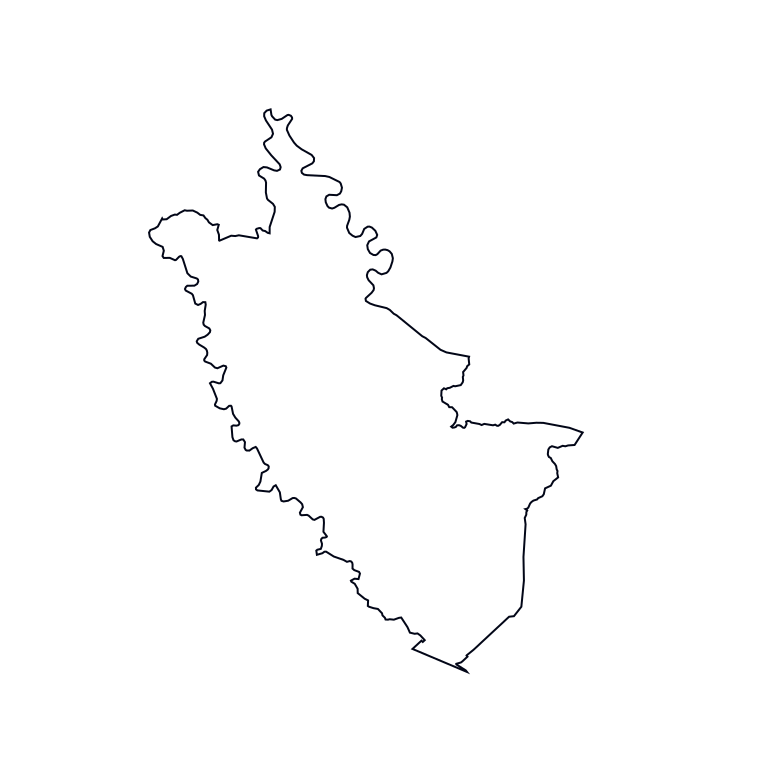 the district of Long My, Hau Giang, Vietnam, rotated 67°
{"feature_id": "81297802B29776873812270", "entity_name": "Long My", "entity_type": "district", "adm_level": 2, "iso_a3": "VNM", "parent_name": "Vietnam", "parent_adm1": "Hau Giang", "projection": "orthographic", "projection_center": [105.504, 9.679], "detail": "fine", "context": "isolated", "style": "outline", "palette": "ink", "viewbox_px": 768, "rotation_deg": 67, "n_neighbors": 0, "source": "geoboundaries", "source_scale": "gbopen_adm2", "svg_char_len": 6154}
<svg xmlns="http://www.w3.org/2000/svg" viewBox="0 0 768 768"><g transform="rotate(67 384 384)"><path d="M144.9,523.5L150.6,530.6L151.2,534.0L151.0,538.9L152.8,541.1L157.0,542.1L162.2,541.2L166.1,539.1L171.3,534.2L175.3,534.6L179.7,537.9L181.9,537.5L184.2,531.9L188.4,528.0L188.5,526.9L186.8,522.9L186.7,521.5L187.2,520.6L190.3,520.3L205.2,521.7L209.6,519.9L213.7,515.1L215.1,514.4L217.1,514.9L218.9,516.9L219.4,520.1L216.7,526.7L217.3,528.5L218.8,530.1L220.5,530.0L225.8,525.7L227.6,525.2L236.2,526.3L238.6,524.3L238.6,521.5L237.9,518.6L238.9,516.5L241.3,517.1L246.7,520.5L250.5,521.8L256.9,526.4L258.9,526.8L260.6,526.2L264.6,523.1L266.7,522.9L268.3,524.0L269.7,527.1L270.4,530.6L269.8,537.3L271.5,539.7L273.0,539.9L275.5,538.7L280.0,535.4L282.2,534.2L283.9,534.0L286.1,534.4L288.2,535.5L291.0,539.8L292.2,540.3L293.4,539.9L297.7,535.4L302.8,533.2L304.4,531.2L304.3,524.7L305.8,522.7L307.3,522.7L313.2,528.6L317.6,531.3L319.3,534.3L318.9,535.7L315.2,540.1L314.7,541.6L315.3,543.9L321.5,543.3L332.4,543.6L334.2,544.7L336.8,547.6L338.0,547.9L342.2,544.7L344.7,541.2L345.0,538.9L343.6,535.1L344.2,533.4L345.1,533.1L352.5,534.6L356.8,534.0L361.7,532.3L363.1,532.3L364.1,532.7L365.0,534.1L364.7,536.1L363.2,538.9L363.5,540.9L373.7,544.3L377.0,544.5L378.5,543.5L379.3,542.2L379.3,537.1L380.1,535.2L383.2,534.7L388.1,537.3L390.6,537.1L391.5,536.5L392.7,533.9L391.8,530.0L391.8,526.7L393.7,526.1L409.3,525.5L411.1,524.8L413.3,522.7L414.8,522.3L416.5,523.2L417.3,524.3L417.9,526.5L418.1,531.2L425.5,535.9L428.0,538.7L429.4,542.4L431.0,543.0L432.5,542.1L438.3,531.6L437.7,528.9L435.2,525.7L434.9,523.2L443.0,522.2L449.8,524.0L451.5,524.0L452.9,522.3L454.0,517.8L453.3,512.7L453.8,511.2L454.9,509.8L460.5,507.0L462.7,506.3L465.7,506.8L469.6,511.7L471.6,512.0L472.6,511.2L474.4,506.0L475.7,504.8L480.8,502.5L481.9,501.1L481.3,494.6L481.8,493.4L483.2,492.3L484.6,492.2L488.3,493.5L496.4,497.5L501.9,496.1L502.4,496.7L502.3,498.3L501.5,500.7L502.2,502.3L503.4,503.2L506.8,503.5L508.8,504.5L511.1,506.6L510.5,510.1L510.9,511.4L515.0,512.5L515.7,506.8L515.1,504.4L515.7,502.8L523.2,497.6L530.1,490.0L533.2,487.6L533.6,484.7L534.5,483.6L536.0,483.1L537.7,483.4L541.6,485.1L543.7,484.1L547.2,480.4L549.1,480.2L553.6,483.7L551.7,487.2L552.1,491.3L553.2,491.3L556.5,489.0L562.2,488.3L566.2,489.9L574.1,485.7L577.0,483.2L582.0,485.6L583.2,484.8L586.2,481.3L588.7,477.5L594.3,475.4L596.4,475.8L599.5,474.5L601.4,474.6L602.5,472.4L602.7,470.8L604.8,467.0L605.1,461.6L605.7,459.4L617.0,457.4L623.0,457.3L625.9,453.4L626.7,450.6L629.6,448.8L635.7,446.6L636.6,449.1L634.9,449.8L639.0,461.3L681.5,420.1L679.6,420.6L670.4,427.0L669.8,426.8L670.4,421.9L669.9,420.1L667.6,413.7L666.2,414.1L666.0,413.7L663.6,405.3L647.1,359.8L648.5,355.1L642.7,344.6L619.6,332.0L597.7,323.2L568.5,308.5L562.3,306.8L559.9,304.1L557.5,303.0L556.4,301.6L554.4,302.7L554.7,301.0L554.2,299.5L551.1,296.2L550.2,294.3L549.7,292.0L550.1,288.2L549.3,286.7L549.2,282.1L547.9,280.0L543.0,276.5L542.8,270.1L539.6,266.1L538.0,260.2L533.8,259.4L531.9,258.3L530.0,258.4L526.8,257.6L524.4,257.9L520.9,259.2L517.3,259.4L515.6,260.7L513.8,260.8L512.5,260.6L508.5,258.3L507.1,256.2L506.9,253.7L510.7,249.0L510.7,243.7L512.2,241.4L512.5,238.5L514.6,232.4L506.3,220.1L496.8,230.4L482.0,252.6L479.2,258.9L476.7,266.5L471.6,276.2L471.1,280.1L469.2,280.8L467.7,282.5L465.1,283.6L465.2,286.2L466.3,288.1L465.3,290.2L466.9,293.4L467.1,295.3L466.6,296.3L464.9,297.5L464.6,299.8L459.9,307.3L459.9,310.2L458.1,311.8L453.6,318.7L452.0,319.3L450.7,321.3L450.7,323.1L453.1,323.6L455.5,326.3L455.7,327.3L455.1,328.3L452.5,329.7L451.2,331.1L450.6,332.9L451.6,334.7L451.5,336.3L451.0,338.0L449.5,338.8L448.8,336.3L447.0,333.2L441.3,328.6L439.4,328.2L438.1,328.1L432.0,330.4L430.8,333.0L428.2,333.2L423.0,337.0L420.5,336.7L419.3,335.9L417.2,335.9L412.5,333.6L411.4,330.5L413.2,328.8L412.6,327.4L413.2,324.9L412.9,320.8L413.9,319.4L415.0,313.8L413.2,310.9L411.6,309.7L408.3,308.7L407.2,307.5L403.9,306.5L401.5,301.7L400.1,300.5L399.3,297.9L393.5,296.1L392.1,295.0L379.3,314.2L374.6,318.6L357.9,327.7L355.0,330.1L325.6,345.6L323.1,347.6L318.1,349.7L315.2,351.9L308.0,361.6L304.5,365.4L300.5,368.2L298.3,367.7L297.7,366.9L295.2,359.8L293.5,356.9L291.9,355.8L289.0,355.2L282.5,357.6L279.2,357.8L277.1,357.2L274.7,355.2L273.4,352.0L274.1,349.6L276.4,347.4L279.4,345.9L282.1,343.4L282.7,338.3L281.9,336.1L279.3,332.6L274.5,328.4L271.7,326.7L267.3,326.0L264.1,327.0L262.2,328.4L260.7,330.4L260.0,332.3L259.9,335.0L261.9,339.4L262.1,341.3L261.1,343.3L257.9,345.7L253.5,346.2L249.7,345.2L246.9,342.1L246.1,333.8L244.1,332.0L239.6,332.1L235.3,334.0L233.4,335.9L232.8,337.6L233.5,341.6L237.3,345.5L238.5,348.0L237.6,352.8L235.2,355.0L231.4,357.0L225.7,357.0L224.0,356.2L219.3,351.8L216.6,350.0L212.8,348.8L207.0,348.8L203.3,350.8L202.1,352.8L201.6,355.4L202.4,360.8L202.2,363.2L200.2,365.7L198.1,366.5L194.0,366.6L190.9,365.7L188.8,363.7L188.4,360.5L191.8,353.6L191.5,350.2L189.9,348.1L186.9,346.0L182.5,345.5L180.7,346.0L172.1,353.4L169.6,356.9L161.7,373.2L160.0,375.8L157.6,377.1L155.5,376.8L153.7,374.6L152.9,363.8L151.6,361.5L148.7,360.1L144.9,361.1L135.8,368.1L130.5,371.2L126.6,372.5L118.3,374.0L112.1,374.1L110.6,373.4L108.4,371.5L104.1,365.0L102.7,364.5L100.7,364.9L99.0,366.6L98.7,367.8L100.0,374.6L99.4,379.1L98.1,380.9L93.9,382.4L92.3,382.5L86.9,381.1L86.5,385.2L87.9,388.4L90.7,389.7L95.3,389.7L106.1,387.7L110.3,388.4L112.9,391.2L114.3,398.7L115.0,400.0L116.5,400.8L120.9,400.8L129.5,398.4L141.0,394.2L144.0,394.4L145.9,395.9L146.0,399.2L144.4,401.7L138.9,407.1L137.2,410.2L137.8,414.3L139.5,417.0L143.2,417.6L148.1,414.1L150.4,413.6L152.6,413.9L161.5,417.9L167.5,419.2L169.1,418.9L174.8,415.8L178.3,415.3L182.8,417.4L194.8,427.9L200.6,430.4L199.4,432.0L196.8,433.6L195.3,435.7L192.3,436.8L191.7,437.9L191.4,440.7L191.9,441.6L198.8,442.1L199.9,442.7L200.3,444.0L190.4,459.5L189.7,463.1L187.8,466.7L187.8,479.4L187.4,479.7L182.1,477.6L177.1,477.3L172.9,473.9L171.8,475.0L170.8,479.6L166.8,482.0L163.8,482.4L161.5,483.6L158.3,484.3L156.5,487.1L153.3,488.9L149.6,492.2L147.5,497.7L146.2,499.6L146.6,505.1L147.4,508.4L146.3,510.4L146.1,514.4L147.4,519.7L146.1,523.4L144.9,523.5Z" fill="none" stroke="#020617" stroke-width="2"/></g></svg>